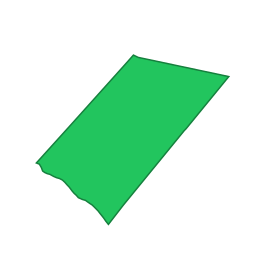 outline of Pedra Grande, Rio Grande do Norte, Brazil, rotated 209°
{"feature_id": "56859067B93684977635333", "entity_name": "Pedra Grande", "entity_type": "district", "adm_level": 2, "iso_a3": "BRA", "parent_name": "Brazil", "parent_adm1": "Rio Grande do Norte", "projection": "equal_earth", "projection_center": [-35.857, -5.148], "detail": "fine", "context": "isolated", "style": "filled", "palette": "green", "viewbox_px": 256, "rotation_deg": 209, "n_neighbors": 0, "source": "geoboundaries", "source_scale": "gbopen_adm2", "svg_char_len": 636}
<svg xmlns="http://www.w3.org/2000/svg" viewBox="0 0 256 256"><g transform="rotate(209 128 128)"><path d="M158.6,194.4L161.5,181.4L179.5,103.1L191.2,53.0L188.0,53.4L184.6,51.4L181.8,49.0L179.3,48.7L176.6,48.9L173.8,49.6L169.6,49.6L166.4,49.9L163.5,50.6L160.1,50.7L156.9,49.9L153.9,48.8L151.0,47.9L148.7,46.9L146.3,45.8L143.3,44.7L141.0,44.2L137.6,43.0L133.2,43.4L130.1,44.1L127.7,43.8L124.8,43.5L122.0,43.3L119.4,42.6L116.7,41.8L114.0,41.0L111.3,39.8L108.6,38.7L105.7,37.5L102.1,35.7L98.4,34.2L94.7,58.3L77.6,152.7L76.8,155.8L64.8,221.8L95.2,212.5L153.3,194.7L158.6,194.4Z" fill="#22c55e" stroke="#15803d" stroke-width="1.5"/></g></svg>